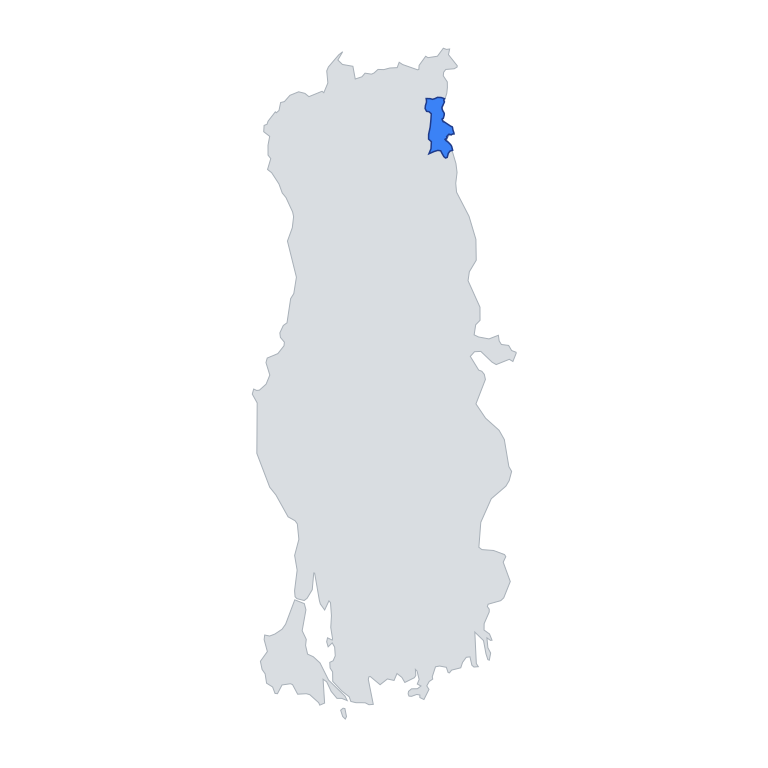 Turkey, with Sirnak highlighted, rotated 268°
{"feature_id": "TUR-3044", "entity_name": "Sirnak", "entity_type": "Province", "adm_level": 1, "iso_a3": "TUR", "parent_name": "Turkey", "parent_adm1": "", "projection": "robinson", "projection_center": [42.613, 37.438], "detail": "fine", "context": "in_parent", "style": "filled", "palette": "blue", "viewbox_px": 768, "rotation_deg": 268, "n_neighbors": 0, "source": "natural_earth", "source_scale": "10m", "svg_char_len": 4873}
<svg xmlns="http://www.w3.org/2000/svg" viewBox="0 0 768 768"><g transform="rotate(268 384 384)"><path d="M602.4,275.1L613.2,278.7L616.8,276.1L626.6,276.4L635.5,278.4L640.3,272.6L646.6,273.2L647.7,276.2L650.7,277.3L659.8,284.9L658.8,285.8L661.0,288.6L668.9,290.5L669.7,294.3L675.8,300.1L679.0,308.9L677.2,315.1L673.8,319.0L678.7,332.3L677.2,334.0L686.8,338.4L698.9,337.7L702.8,339.5L714.5,350.2L717.5,354.3L709.4,349.2L704.8,353.6L702.6,364.0L689.8,365.9L691.8,372.7L695.3,375.9L694.1,382.3L695.1,384.8L698.6,389.0L698.2,394.8L699.6,400.9L699.7,408.2L705.0,410.4L702.6,413.8L696.8,428.6L697.2,429.8L701.2,430.2L710.1,437.1L708.6,439.3L709.7,448.8L717.5,455.0L716.2,458.1L716.5,461.3L710.9,459.9L699.5,468.3L698.2,468.1L696.6,465.2L696.2,456.7L693.5,454.5L689.9,454.0L683.7,457.8L678.0,457.7L672.4,456.9L657.4,451.7L651.9,453.5L646.2,451.5L635.0,461.9L631.6,462.7L629.9,457.6L626.1,454.7L621.0,458.6L601.8,463.6L592.9,464.4L582.1,462.7L573.2,463.2L548.7,474.8L525.3,480.9L504.5,480.5L493.2,473.2L484.3,471.6L457.4,482.6L444.3,482.2L440.0,477.7L430.0,475.8L427.7,480.1L425.4,490.5L428.7,500.0L423.0,500.6L419.4,502.7L418.2,509.9L413.0,512.7L411.1,517.1L410.2,517.2L402.0,513.6L404.3,510.1L399.5,496.8L402.1,492.7L413.2,481.9L413.1,475.6L408.6,471.2L394.6,479.1L393.3,482.2L390.1,484.6L385.0,485.5L360.9,475.2L346.3,484.3L333.7,497.4L324.3,502.3L297.1,505.9L292.2,508.5L283.0,505.7L277.6,502.2L265.6,487.2L242.4,475.9L217.5,473.1L215.1,476.0L213.8,487.6L209.3,498.5L207.2,499.7L201.8,496.9L182.2,503.3L166.1,496.2L163.4,493.1L160.3,480.4L158.0,479.5L155.3,481.3L152.5,481.2L141.0,475.7L134.6,475.4L130.5,480.7L124.2,483.0L124.1,481.4L126.7,478.0L116.8,478.6L111.4,481.2L104.3,479.6L104.9,478.2L110.8,476.5L124.1,474.5L132.9,466.1L101.4,466.5L98.2,468.4L98.0,464.0L99.9,462.0L108.3,460.4L108.0,456.7L103.1,452.8L97.7,450.8L95.7,441.6L93.0,439.3L93.4,438.0L98.7,436.4L100.2,429.7L99.6,425.6L89.7,422.0L87.4,422.4L85.1,418.8L80.8,416.2L77.2,418.3L67.3,412.9L69.4,408.9L71.9,409.0L72.6,405.9L70.9,400.7L71.2,398.1L73.5,397.3L76.0,397.8L78.4,400.9L78.3,406.8L80.9,410.4L83.0,406.8L87.5,408.8L96.0,407.0L97.7,405.4L91.6,405.6L89.4,404.1L85.0,394.4L90.2,391.6L94.2,386.9L87.4,383.7L89.1,377.1L83.6,369.6L92.2,360.0L91.8,358.6L89.3,358.0L64.2,362.1L64.0,357.8L66.1,354.0L66.5,344.8L67.9,339.8L72.6,338.3L78.8,331.0L88.6,322.4L98.1,322.6L102.1,320.2L107.7,320.1L109.2,323.5L114.0,325.8L122.8,325.5L127.1,323.2L123.3,319.0L128.4,317.7L132.3,318.7L129.9,323.3L131.1,323.7L142.5,322.3L154.3,323.4L167.4,322.9L169.2,321.4L160.2,316.8L166.4,312.7L169.7,311.9L197.4,308.1L197.6,307.2L180.9,305.1L172.6,299.7L170.4,296.7L172.5,289.5L174.5,287.7L180.5,287.4L201.0,290.7L215.8,288.7L231.7,293.5L247.2,292.5L250.4,290.4L254.6,283.5L276.9,272.1L284.8,266.2L319.1,254.5L369.5,256.6L378.5,252.0L383.5,253.6L382.0,256.5L382.2,259.3L388.0,266.2L396.9,270.2L409.5,266.8L414.0,268.2L418.1,279.0L425.7,285.4L429.3,285.9L434.2,282.1L438.7,281.7L446.0,285.4L448.5,289.2L472.6,293.7L477.5,297.0L493.8,300.2L530.2,292.5L543.3,297.8L554.4,299.5L559.1,298.7L573.8,292.5L578.4,289.0L587.6,286.0L599.1,279.1L602.4,275.1ZM137.3,256.0L136.1,260.9L137.9,266.2L142.5,273.6L147.4,277.3L171.4,287.3L167.3,296.7L161.1,298.1L140.3,293.6L131.5,297.4L125.4,296.5L116.7,298.2L113.9,303.8L107.5,310.3L90.0,318.3L73.5,334.1L68.9,336.2L71.3,330.8L71.5,326.0L78.6,320.5L88.4,316.3L91.1,312.8L67.2,313.5L65.3,308.6L67.8,307.6L76.1,299.0L77.2,295.5L77.0,286.9L86.8,282.1L87.7,280.0L86.8,271.6L78.2,266.7L78.6,264.3L85.1,262.1L89.1,256.2L98.5,255.1L103.0,252.2L111.2,250.8L120.7,258.1L132.7,255.3L137.3,256.0ZM61.0,333.6L52.9,334.9L50.5,333.6L53.2,331.1L59.5,329.3L61.4,331.8L61.0,333.6Z" fill="#d9dde1" stroke="#a8b0b8" stroke-width="1"/><path d="M652.0,453.7L650.5,453.5L647.6,452.6L647.3,452.4L647.2,451.6L646.9,451.4L646.4,451.3L646.1,451.4L644.4,452.1L644.1,452.2L643.9,452.6L643.9,452.9L643.8,453.1L643.7,453.5L639.3,459.7L638.8,460.9L638.7,461.1L638.1,461.4L635.1,461.8L633.1,462.5L631.5,462.7L631.5,461.5L631.4,460.9L631.1,460.6L630.7,460.1L631.4,457.7L631.1,457.1L630.9,457.0L629.7,456.1L629.5,455.8L629.4,455.4L629.2,455.2L628.7,455.3L628.5,455.6L628.3,455.7L627.3,455.1L626.8,455.1L626.7,454.9L626.8,454.5L626.8,454.0L626.4,453.5L625.7,454.0L625.2,454.3L623.4,456.6L620.8,459.0L619.2,459.9L615.2,460.8L614.5,458.1L612.3,456.3L608.3,455.1L607.7,453.4L609.1,451.8L612.5,450.0L615.1,448.8L615.6,445.9L614.6,442.2L612.5,436.9L617.5,439.2L624.5,439.8L627.2,437.1L631.9,437.3L639.0,439.1L646.4,440.1L652.4,440.7L654.6,438.5L655.0,436.1L657.8,434.7L660.8,435.1L663.5,436.1L664.4,436.3L666.1,436.3L667.8,436.1L667.6,440.0L666.8,442.4L667.4,444.7L668.6,447.5L668.3,451.2L667.4,453.5L667.0,454.4L666.0,453.7L665.6,453.6L665.0,453.7L664.6,453.8L664.3,454.2L664.0,454.2L663.7,454.2L658.8,451.7L658.2,451.5L657.1,451.6L655.7,452.0L654.4,452.5L653.5,453.2L652.0,453.7Z" fill="#3b82f6" stroke="#1e3a8a" stroke-width="1.5"/></g></svg>